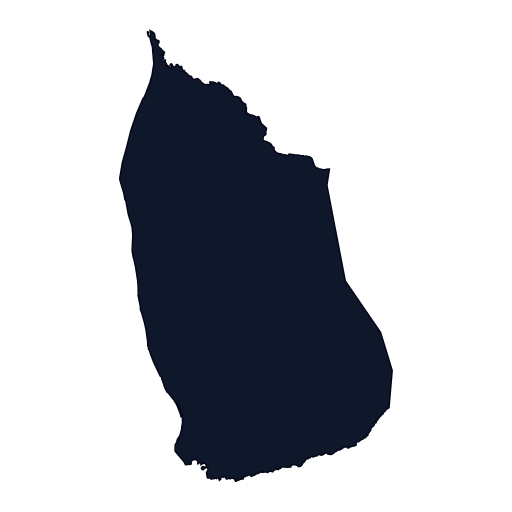 Pormpuraaw, Queensland, Australia
{"feature_id": "25037944B5517287997374", "entity_name": "Pormpuraaw", "entity_type": "district", "adm_level": 2, "iso_a3": "AUS", "parent_name": "Australia", "parent_adm1": "Queensland", "projection": "mercator", "projection_center": [141.801, -14.654], "detail": "fine", "context": "isolated", "style": "filled", "palette": "ink", "viewbox_px": 512, "rotation_deg": 0, "n_neighbors": 0, "source": "geoboundaries", "source_scale": "gbopen_adm2", "svg_char_len": 5984}
<svg xmlns="http://www.w3.org/2000/svg" viewBox="0 0 512 512"><path d="M150.1,30.7L150.6,36.8L150.1,37.8L151.2,43.1L152.4,46.7L153.8,63.9L152.0,75.2L149.8,82.8L145.2,94.9L144.0,97.7L143.3,98.0L142.7,99.2L136.7,113.2L130.8,130.7L126.4,148.2L122.4,162.4L119.8,177.9L119.8,179.7L123.9,193.5L124.9,199.4L125.9,201.0L128.4,214.7L131.1,223.3L132.2,227.9L132.8,235.2L132.1,250.7L133.3,257.7L133.8,258.9L135.6,267.1L137.6,280.2L138.1,285.9L138.2,292.6L138.6,293.3L138.1,294.4L138.1,295.4L140.4,306.9L140.4,309.8L140.9,310.2L141.0,311.3L141.7,312.8L144.6,323.2L146.0,329.6L147.6,341.0L147.9,346.3L148.4,346.6L148.5,347.7L148.4,349.0L148.9,349.3L149.6,351.0L150.7,354.5L153.6,362.0L160.0,375.7L160.6,376.5L161.8,377.0L161.9,379.2L163.9,384.7L164.2,386.1L165.5,389.1L167.2,392.3L167.7,392.2L173.0,398.9L173.8,399.6L174.5,401.2L175.4,402.2L177.5,406.5L180.6,414.5L180.8,416.3L181.2,416.9L181.4,416.8L181.2,415.7L180.4,413.2L177.5,405.2L176.0,402.7L176.0,402.2L176.8,402.5L177.6,403.6L179.7,408.0L180.6,411.4L181.6,413.6L182.4,417.6L182.5,423.1L181.8,427.0L181.5,430.3L181.0,431.3L179.0,439.6L178.1,440.1L178.1,439.1L179.0,438.0L178.8,437.2L177.3,439.6L176.9,441.2L177.1,442.5L176.4,442.8L175.2,444.8L175.0,450.2L175.4,451.6L184.0,461.7L185.4,464.6L186.2,464.8L187.7,464.4L190.7,464.3L191.2,463.8L191.0,461.9L191.3,461.2L192.6,460.1L194.6,459.5L196.1,459.7L197.6,460.9L198.0,462.2L197.8,463.5L198.0,463.9L199.0,462.8L199.6,462.7L201.0,463.3L201.0,464.7L203.0,463.4L204.3,463.3L205.1,463.6L206.3,465.3L206.3,466.5L206.0,466.9L205.1,467.3L203.5,466.6L202.4,466.7L201.7,467.4L201.4,468.4L202.0,469.3L202.8,469.7L203.5,469.6L204.6,468.3L205.6,467.7L207.1,467.7L207.8,468.2L208.1,469.9L206.5,472.4L207.1,476.7L207.7,478.0L210.0,478.0L211.4,479.2L212.5,478.6L214.1,478.7L215.4,477.9L216.5,478.6L217.6,477.8L218.1,477.9L219.0,478.4L219.0,479.7L219.5,480.3L220.9,478.8L220.7,477.1L221.7,476.6L223.2,477.3L224.5,476.9L225.2,477.1L225.7,477.5L226.0,478.7L227.0,479.1L228.4,478.2L229.3,478.4L230.0,478.9L231.0,478.2L233.1,478.3L234.7,479.2L235.1,480.5L235.8,481.3L236.6,481.2L237.2,480.0L238.7,480.2L239.6,479.6L241.9,478.9L243.1,479.0L243.3,478.4L242.9,477.8L243.0,477.1L244.8,476.8L246.3,475.8L247.8,475.6L248.5,474.7L249.4,474.7L250.9,476.1L251.4,476.4L253.8,475.3L254.9,475.0L255.5,474.2L258.5,473.3L260.1,472.3L260.5,471.5L261.0,472.0L261.7,471.9L262.0,472.3L262.6,472.4L264.4,471.9L265.5,472.2L266.9,471.9L267.8,472.5L268.7,471.6L270.5,471.2L272.7,471.8L273.9,470.2L275.2,469.8L276.3,469.0L278.3,469.6L279.2,468.6L280.1,468.5L281.8,467.3L283.9,466.6L284.5,466.7L284.8,467.3L286.1,466.7L287.1,467.4L289.1,467.1L289.8,466.7L290.7,467.1L290.9,465.8L291.7,465.1L293.9,464.6L296.7,465.1L298.5,466.6L300.4,466.3L301.8,465.1L302.9,463.0L304.1,462.1L306.0,459.3L307.4,458.5L308.0,458.8L308.5,458.3L308.8,457.4L309.9,457.8L311.1,456.6L312.0,456.5L313.2,457.0L314.7,456.0L315.8,456.2L317.3,455.5L318.2,454.7L319.2,454.6L321.2,455.2L322.4,455.0L325.0,453.3L326.4,452.9L326.9,453.0L328.0,454.2L331.2,454.5L333.7,453.2L334.7,451.9L336.1,451.5L337.7,450.1L339.8,449.9L340.5,449.5L340.9,448.9L341.5,448.9L341.9,448.2L342.1,448.5L342.5,448.3L343.3,447.6L345.7,446.7L346.3,446.7L347.6,447.9L348.7,448.0L350.4,446.6L351.3,446.7L352.6,446.1L353.7,446.1L355.9,445.3L356.2,444.4L356.0,442.8L356.9,441.8L358.6,441.8L359.2,441.1L362.0,439.3L362.9,439.1L363.8,438.0L365.5,437.6L366.2,436.5L367.8,435.3L368.1,433.6L368.7,433.1L369.6,431.3L370.6,430.6L370.8,428.6L372.2,426.9L373.6,425.8L374.4,424.6L374.5,423.3L374.9,422.9L375.6,422.9L376.1,422.6L376.5,421.2L380.1,416.4L381.2,415.6L381.3,415.1L382.1,414.3L382.6,414.2L383.2,413.4L383.3,412.7L385.4,410.9L386.1,409.5L389.0,407.7L392.2,370.6L380.6,332.5L345.3,281.0L326.9,185.3L329.4,169.1L327.5,169.1L324.6,169.7L323.0,169.8L320.9,169.1L319.1,169.0L317.9,168.1L316.5,168.0L314.9,166.4L314.2,165.1L312.0,158.7L310.7,157.4L309.2,156.7L306.4,156.1L304.5,156.3L302.9,155.7L301.3,155.8L297.9,155.0L295.3,155.0L293.0,154.5L291.5,154.7L290.1,154.0L289.0,154.2L288.2,155.3L287.5,155.6L285.6,154.9L282.9,154.7L281.4,154.0L277.6,153.3L275.8,152.1L274.1,150.0L273.9,147.4L272.3,146.5L271.4,144.6L269.9,143.3L266.4,141.5L262.9,140.6L263.3,136.3L263.6,135.9L264.9,135.3L265.8,134.3L266.0,133.8L265.6,132.5L266.3,129.7L266.4,128.2L261.8,124.0L260.6,122.0L259.4,117.8L258.7,116.7L257.9,116.6L257.1,117.5L253.4,115.5L249.7,114.7L247.1,113.1L246.3,111.9L246.4,107.5L245.8,106.5L245.7,104.2L244.2,103.5L242.7,102.3L241.4,100.9L240.4,98.3L239.1,97.4L237.1,96.6L234.9,96.6L233.5,96.2L231.1,91.6L230.4,90.9L228.9,90.0L227.8,88.3L225.0,86.7L223.3,85.1L221.9,85.1L221.2,84.8L220.5,84.0L220.0,83.0L218.6,82.3L218.1,83.0L216.0,83.9L215.5,83.0L215.1,83.2L214.9,82.8L213.1,81.9L211.2,82.3L210.5,81.7L209.7,82.1L209.8,82.5L210.3,82.8L210.0,83.2L210.1,84.1L209.5,84.7L206.7,84.5L205.3,84.9L204.4,84.8L204.0,83.9L202.8,83.4L201.3,82.3L200.1,80.5L197.9,78.7L196.8,78.6L195.1,79.3L193.2,79.2L191.6,77.9L191.9,77.2L191.4,76.5L189.8,75.9L188.8,75.8L187.7,74.3L186.3,73.2L186.1,72.8L185.2,72.8L184.5,71.8L184.9,71.3L184.6,70.9L184.1,71.9L183.4,71.6L183.1,71.8L183.2,70.3L182.5,69.6L182.0,68.6L181.2,68.0L181.3,67.7L181.9,67.3L181.6,66.5L180.9,66.5L180.0,67.1L177.5,64.6L176.9,64.5L176.0,65.1L175.7,66.7L174.9,67.2L172.9,66.3L171.8,64.0L170.8,63.9L170.2,64.8L170.4,65.6L171.2,66.2L171.2,67.5L170.9,68.0L170.4,68.1L169.0,67.8L169.1,66.4L168.5,66.1L168.0,66.5L167.2,65.2L166.6,65.3L166.0,66.0L166.0,65.3L165.6,64.9L166.4,64.0L166.0,63.1L164.9,62.2L165.5,60.8L165.5,60.3L165.1,59.9L164.2,60.2L162.9,61.7L161.6,61.1L161.8,59.7L162.9,59.3L163.7,57.9L162.6,56.0L161.3,55.2L162.2,55.0L162.9,55.6L163.5,55.4L163.9,54.7L163.9,53.5L164.5,52.3L162.2,50.4L161.1,48.8L159.8,47.9L158.4,46.6L157.9,45.5L157.9,44.2L159.0,42.3L159.0,41.2L158.4,40.5L157.4,40.5L155.1,38.8L154.8,35.1L154.1,33.2L151.6,31.3L151.1,31.5L150.1,30.7ZM148.4,32.6L148.1,31.9L147.8,31.7L147.4,31.9L147.5,33.0L148.2,35.7L148.7,36.6L149.1,36.8L149.8,36.6L149.0,36.0L148.3,34.7L148.1,33.3L148.4,32.6Z" fill="#0f172a" stroke="#020617" stroke-width="1.5"/></svg>